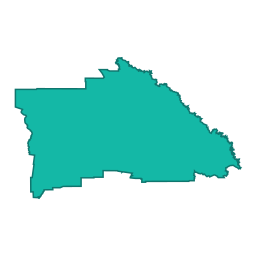 Gannawarra, Victoria, Australia (Mercator projection)
{"feature_id": "25037944B50058704827939", "entity_name": "Gannawarra", "entity_type": "district", "adm_level": 2, "iso_a3": "AUS", "parent_name": "Australia", "parent_adm1": "Victoria", "projection": "mercator", "projection_center": [144.036, -35.732], "detail": "fine", "context": "isolated", "style": "filled", "palette": "teal", "viewbox_px": 256, "rotation_deg": 0, "n_neighbors": 0, "source": "geoboundaries", "source_scale": "gbopen_adm2", "svg_char_len": 5878}
<svg xmlns="http://www.w3.org/2000/svg" viewBox="0 0 256 256"><path d="M120.5,58.0L120.7,58.5L119.2,57.9L117.9,58.2L117.1,59.9L116.6,60.0L117.1,61.1L117.9,60.7L117.9,61.2L116.9,61.8L116.3,61.6L115.6,62.8L116.0,63.4L116.4,63.0L116.6,63.7L118.0,63.7L117.8,64.4L118.1,64.4L118.0,64.8L118.3,65.1L118.4,64.7L119.0,64.9L119.2,65.3L118.9,66.6L119.5,66.9L119.3,67.4L119.7,69.1L118.5,69.1L118.5,71.0L109.6,71.0L107.4,70.1L107.4,69.6L99.3,69.6L102.1,73.2L104.3,77.2L103.1,78.3L85.3,78.2L85.3,81.6L85.8,81.7L85.8,88.8L36.9,88.7L36.4,89.4L15.4,89.4L15.4,107.0L22.5,109.4L21.3,111.3L21.3,112.6L23.6,114.7L26.0,115.4L26.4,116.4L25.0,118.0L24.7,119.4L25.0,122.3L25.4,123.2L26.9,124.4L27.1,125.2L27.6,125.3L27.5,126.8L27.1,127.2L27.5,128.2L30.4,130.2L30.5,130.9L31.4,131.3L32.2,133.3L32.0,134.4L31.1,135.8L31.4,136.4L30.7,137.1L31.0,138.2L30.1,139.1L29.9,140.0L29.2,139.8L28.9,140.5L29.0,141.0L28.3,141.7L28.3,142.5L27.8,143.1L28.3,143.9L28.2,146.2L29.0,146.6L29.2,147.4L28.4,148.3L28.7,149.0L28.6,150.2L29.6,151.9L29.1,152.5L29.6,152.6L29.4,154.4L34.6,155.2L33.4,164.3L34.0,164.4L32.2,177.5L30.7,177.5L30.8,191.9L33.1,191.9L33.4,197.4L37.0,197.6L37.8,197.2L38.3,198.0L39.1,198.2L39.3,197.8L39.0,197.4L39.5,197.2L39.1,196.8L40.2,196.7L40.2,196.2L41.1,195.8L41.2,194.7L42.6,193.6L42.4,193.2L43.3,192.1L43.2,191.6L44.1,191.0L44.1,189.8L52.8,189.7L52.7,187.7L60.2,187.7L63.1,186.4L81.1,186.3L81.1,177.8L93.9,177.8L93.9,177.2L103.1,177.2L103.1,170.6L117.5,170.7L117.8,171.1L122.2,171.8L122.1,172.2L122.7,171.8L132.2,173.2L131.5,174.1L131.5,174.8L132.4,175.6L131.2,175.9L130.9,176.6L130.6,176.5L130.2,177.6L129.7,177.8L135.7,178.4L141.0,178.4L141.0,179.1L141.9,179.1L141.8,182.2L145.6,182.2L145.5,181.4L188.9,181.3L189.3,180.7L194.2,180.7L194.2,179.4L194.6,178.3L194.2,177.9L194.6,177.6L194.8,176.8L194.6,176.4L194.8,176.3L194.3,175.9L194.5,175.3L193.8,175.2L194.0,174.5L193.9,173.4L194.6,172.4L194.6,171.1L195.6,172.3L196.7,172.3L198.3,173.3L200.5,173.8L201.9,173.3L203.1,174.7L204.0,174.1L204.6,174.2L205.3,175.2L207.0,176.6L208.5,175.8L209.1,175.9L209.7,176.9L213.9,175.0L214.8,175.0L217.4,176.3L217.4,176.7L218.3,177.6L224.2,177.6L223.3,176.0L224.8,175.4L226.3,176.1L227.0,175.2L227.1,174.3L227.8,174.0L227.5,173.2L228.0,172.3L228.0,171.5L227.4,171.3L226.9,171.9L226.5,170.9L225.5,170.8L225.9,169.7L225.8,167.8L227.0,167.7L227.3,167.0L230.1,165.6L233.2,165.3L236.0,167.1L237.5,167.7L238.7,168.9L239.5,168.4L240.4,168.7L240.5,168.4L240.0,168.0L240.6,167.5L239.7,167.3L239.5,165.9L238.4,165.2L239.3,164.6L238.0,164.8L237.8,164.4L238.8,163.1L237.9,163.3L237.8,162.8L239.2,162.1L238.8,161.8L237.8,162.1L237.4,161.5L238.7,160.8L238.1,159.4L239.2,159.5L239.3,159.1L237.2,159.5L236.8,160.0L236.5,159.2L235.9,159.5L234.8,159.0L235.1,157.0L234.8,157.1L234.4,158.2L233.3,157.5L233.9,156.1L233.2,155.3L233.9,154.9L232.1,154.6L231.7,153.8L232.3,153.3L233.3,153.7L233.4,152.9L233.8,153.0L234.0,153.9L234.4,153.5L233.3,152.6L232.1,153.1L231.5,152.5L231.9,151.9L232.9,151.8L232.0,151.5L232.0,150.8L232.9,149.9L233.8,150.0L233.9,149.4L233.3,149.2L232.1,149.7L231.5,148.7L231.3,149.2L231.4,150.3L230.8,150.7L230.4,150.6L230.0,149.8L230.3,148.5L230.8,147.9L231.7,147.7L232.6,148.1L232.5,147.3L230.6,147.7L230.4,147.4L231.5,146.7L231.5,146.0L232.2,145.1L231.7,144.2L232.4,143.5L232.4,142.9L231.9,142.3L231.1,142.3L230.1,143.6L229.5,143.6L229.4,142.7L228.1,141.8L229.1,140.9L228.0,141.5L227.4,140.9L227.7,138.6L226.7,138.7L226.4,138.4L227.0,137.6L226.9,136.5L225.7,137.6L225.2,137.2L225.4,135.7L224.9,136.0L224.4,137.3L223.3,136.0L222.6,136.1L222.0,136.9L220.8,136.4L220.9,135.9L221.6,135.6L221.4,134.3L222.7,133.7L222.9,133.2L222.7,133.0L220.6,132.8L220.4,133.9L220.0,134.0L219.7,133.4L219.9,132.4L219.4,132.2L219.1,132.4L218.4,134.1L217.8,133.8L217.1,132.8L216.2,133.4L216.0,132.5L217.4,130.6L216.3,129.1L215.0,129.5L214.2,129.1L213.6,129.8L212.7,130.0L212.8,130.9L212.0,131.4L211.2,133.3L210.0,132.7L209.4,132.1L209.5,131.3L208.9,130.3L207.9,129.5L208.1,128.7L207.5,128.0L207.8,127.4L207.0,127.5L206.6,127.3L206.8,125.2L203.3,123.8L202.3,122.6L200.3,121.6L200.3,120.3L201.1,119.8L200.4,119.1L201.5,118.6L200.2,118.1L199.9,116.8L198.8,116.9L198.5,116.5L197.9,117.0L197.7,116.2L197.0,116.7L196.2,116.6L195.5,115.3L194.8,115.3L195.1,114.3L194.5,114.0L195.2,113.6L194.5,113.4L194.5,112.8L193.2,113.5L192.5,113.3L192.1,113.8L191.5,113.1L189.7,113.0L189.7,112.2L188.8,110.6L188.9,109.8L188.1,109.6L187.5,108.6L188.0,107.8L188.6,108.0L187.9,106.8L187.1,106.8L187.7,106.0L186.5,106.4L186.8,106.7L186.7,107.1L185.8,107.1L185.3,106.9L184.8,105.5L183.5,105.5L183.5,103.7L182.8,104.0L182.5,103.3L180.7,101.9L181.2,100.7L180.2,100.3L179.9,99.6L180.4,98.7L179.4,97.3L180.0,96.8L179.9,96.0L179.2,96.0L179.0,95.6L179.4,95.2L179.2,95.1L177.9,95.0L178.5,94.4L178.2,93.2L177.6,93.4L177.3,92.8L176.5,92.3L175.6,92.4L174.4,91.7L173.2,91.7L172.4,90.9L171.8,90.7L171.6,90.2L170.9,90.7L170.5,90.0L169.7,89.8L170.0,88.3L166.6,86.5L166.8,84.8L166.5,83.9L166.1,83.9L165.9,84.6L165.6,84.7L165.0,84.1L165.1,83.1L164.1,84.7L163.6,84.2L163.1,84.8L161.1,84.0L160.3,84.4L159.8,84.2L159.2,85.2L159.7,86.3L159.2,86.5L157.9,85.9L156.6,84.7L155.9,84.8L155.3,84.4L155.2,84.0L156.6,83.1L157.1,82.1L156.4,81.3L156.6,79.8L155.8,79.3L155.1,79.7L152.2,79.0L151.6,77.1L151.2,76.6L151.5,75.9L149.8,74.4L150.2,73.1L150.8,73.1L151.1,73.6L151.8,73.3L151.0,72.3L151.3,71.0L150.8,71.1L151.0,71.6L150.7,71.7L149.5,70.8L149.5,71.8L149.1,72.1L147.9,71.9L147.1,71.2L145.7,71.4L144.7,71.7L144.5,72.4L144.1,72.6L143.8,71.5L144.5,71.2L144.3,70.8L143.3,71.4L142.1,71.4L141.7,70.9L141.0,71.2L140.6,70.8L140.8,70.3L139.8,69.7L139.8,70.8L139.1,70.6L138.5,71.0L138.1,69.8L138.9,69.6L137.2,69.8L134.9,67.4L133.5,67.9L132.7,67.6L131.6,65.6L131.3,65.8L131.3,66.5L130.1,65.4L129.6,66.1L129.1,66.1L129.0,65.4L129.5,64.8L128.1,63.4L128.6,62.3L128.5,61.7L126.6,62.0L125.4,60.6L122.8,60.0L121.8,58.6L121.8,57.8L120.5,58.0Z" fill="#14b8a6" stroke="#0f766e" stroke-width="1.5"/></svg>